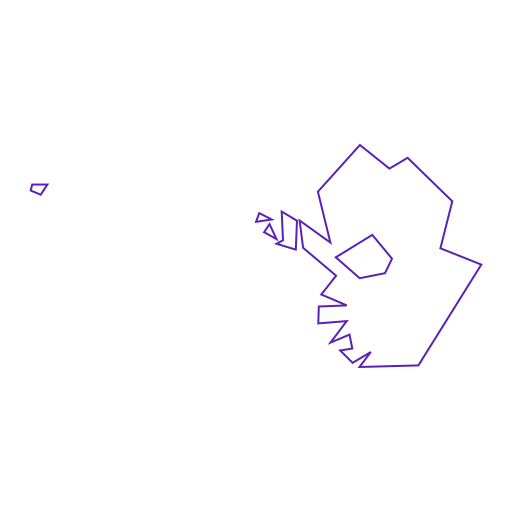 an SVG outline of Gyeonggi
{"feature_id": "KOR-2498", "entity_name": "Gyeonggi", "entity_type": "Province", "adm_level": 1, "iso_a3": "KOR", "parent_name": "South Korea", "parent_adm1": "", "projection": "robinson", "projection_center": [126.66, 37.546], "detail": "coarse", "context": "isolated", "style": "outline", "palette": "violet", "viewbox_px": 512, "rotation_deg": 0, "n_neighbors": 0, "source": "natural_earth", "source_scale": "10m", "svg_char_len": 727}
<svg xmlns="http://www.w3.org/2000/svg" viewBox="0 0 512 512"><path d="M330.4,242.6L317.9,191.7L359.9,145.0L389.4,168.6L407.6,157.8L452.3,201.3L440.4,248.3L481.3,264.6L418.4,365.4L359.5,367.0L370.8,352.0L352.6,362.8L340.2,350.5L352.3,348.5L349.5,334.6L330.5,342.6L346.7,321.1L318.3,323.4L318.8,306.5L346.7,305.4L321.3,294.5L336.1,275.7L303.1,247.8L299.6,220.5L330.4,242.6ZM392.0,258.7L372.3,234.9L335.8,257.3L359.7,278.2L385.0,273.2L392.0,258.7ZM295.8,249.6L276.5,243.8L283.0,240.3L281.7,211.6L297.0,220.7L295.8,249.6ZM47.4,184.5L40.7,194.7L30.7,190.5L32.2,184.5L47.4,184.5ZM259.2,213.1L271.7,219.5L256.1,221.8L259.2,213.1ZM269.5,224.1L276.5,239.1L264.1,232.2L269.5,224.1Z" fill="none" stroke="#5b21b6" stroke-width="2"/></svg>